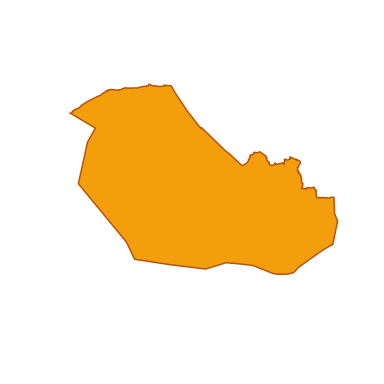 the district of Concepción del Oro, Zacatecas, Mexico, rotated 126°
{"feature_id": "50627088B49626768055823", "entity_name": "Concepción del Oro", "entity_type": "district", "adm_level": 2, "iso_a3": "MEX", "parent_name": "Mexico", "parent_adm1": "Zacatecas", "projection": "albers", "projection_center": [-101.393, 24.45], "detail": "fine", "context": "isolated", "style": "filled", "palette": "amber", "viewbox_px": 384, "rotation_deg": 126, "n_neighbors": 0, "source": "geoboundaries", "source_scale": "gbopen_adm2", "svg_char_len": 5755}
<svg xmlns="http://www.w3.org/2000/svg" viewBox="0 0 384 384"><g transform="rotate(126 192 192)"><path d="M112.9,74.0L113.8,75.3L114.0,75.4L114.6,76.5L115.2,76.9L115.7,76.9L116.3,77.4L116.9,78.3L117.0,78.6L117.3,79.5L118.0,80.2L118.9,81.5L118.9,82.0L119.6,83.1L120.6,84.2L121.3,84.6L121.7,85.2L121.7,85.4L122.4,86.5L123.0,87.5L122.6,88.1L122.4,88.5L122.3,88.9L122.1,89.1L121.7,89.2L121.5,89.4L121.2,89.7L121.2,89.8L120.9,89.9L120.5,90.5L120.2,90.8L119.6,91.2L119.0,91.7L118.6,91.8L118.5,92.0L118.4,92.0L118.2,92.1L117.9,92.5L117.7,92.5L117.6,93.0L117.6,93.4L117.5,93.6L117.5,94.1L117.3,94.7L117.5,94.8L117.1,95.6L116.7,96.0L116.6,95.7L116.4,95.9L118.3,97.6L118.6,97.7L118.6,97.8L118.9,98.2L119.1,98.7L119.3,99.1L119.5,99.8L119.7,100.0L120.1,100.5L120.5,100.9L120.9,101.2L121.6,101.9L121.9,101.9L122.1,101.8L122.9,101.6L122.9,102.0L123.1,102.8L123.7,103.5L124.8,105.2L124.5,105.3L124.4,105.5L124.0,105.8L123.5,105.5L123.2,105.6L122.8,105.9L122.2,105.9L121.9,106.0L121.5,106.4L121.3,106.4L121.0,106.9L120.8,106.9L120.5,107.2L120.2,107.2L120.0,107.3L120.0,108.2L119.9,108.4L120.0,108.6L119.8,108.8L119.6,109.1L119.5,109.5L119.3,109.6L118.8,110.1L118.5,110.1L117.9,110.3L117.6,110.5L117.4,110.9L117.0,111.0L116.7,111.5L116.3,111.7L115.6,112.6L115.2,113.0L115.2,113.4L115.0,113.6L114.8,113.6L114.4,114.0L114.3,114.3L114.5,114.4L114.6,114.5L114.2,115.1L113.8,115.4L113.7,115.6L113.7,115.9L114.2,116.7L114.2,117.0L113.1,117.1L112.8,117.3L112.7,117.9L113.0,118.3L113.2,118.8L113.0,119.0L112.2,119.2L111.8,119.6L111.6,119.7L111.3,119.9L111.0,120.2L110.9,120.6L110.6,121.0L110.3,120.8L110.1,120.7L108.9,120.7L108.8,120.9L108.4,121.0L105.0,121.4L104.0,122.1L103.8,122.4L103.8,123.4L103.9,123.7L103.8,124.2L103.9,124.9L104.1,125.3L104.3,125.4L104.2,125.6L104.2,126.4L104.4,126.4L104.6,126.4L104.4,126.7L104.4,126.9L104.6,127.0L104.5,127.3L104.7,127.6L104.9,127.8L104.9,128.0L105.0,128.1L105.2,128.5L105.3,128.9L105.3,130.3L105.5,131.1L105.9,131.5L105.9,131.9L105.9,132.3L105.8,132.6L105.9,133.1L106.0,133.3L106.3,133.4L106.6,133.0L107.1,132.6L107.4,132.5L107.8,132.1L108.1,132.5L109.1,132.8L109.9,133.5L110.2,133.9L110.4,134.2L110.3,135.0L110.5,135.2L110.4,135.5L111.2,136.3L111.4,136.4L112.3,135.7L112.5,135.3L112.9,135.1L113.1,135.1L113.5,134.8L113.8,134.8L114.2,134.9L114.2,134.7L114.7,134.5L115.0,134.5L115.3,134.2L115.2,135.0L115.0,135.5L115.3,136.0L115.8,136.1L116.5,136.5L116.5,136.8L117.0,137.4L117.4,137.7L117.8,138.1L118.0,138.3L118.4,138.2L118.8,138.7L119.3,139.0L119.5,139.3L119.8,139.6L119.8,139.9L119.7,140.1L120.0,140.4L120.0,140.6L120.1,141.0L120.2,141.3L120.1,141.5L119.8,141.9L120.1,142.0L120.5,141.5L120.9,141.5L121.0,141.4L121.3,141.3L121.6,141.2L121.7,141.4L121.7,141.5L121.9,141.6L122.2,142.0L122.9,142.6L123.3,142.7L124.0,143.6L124.0,144.1L124.3,144.9L124.3,145.1L124.1,145.3L124.0,145.7L123.7,145.7L123.5,146.1L123.4,146.2L123.3,146.4L123.0,146.6L122.8,146.8L122.6,147.0L122.9,147.4L122.9,147.6L122.5,148.2L122.5,148.4L122.6,148.9L122.5,149.1L122.3,149.3L122.3,149.9L122.3,150.1L122.2,150.2L122.2,150.5L121.9,150.8L121.6,150.9L121.4,151.0L120.8,151.1L120.6,151.3L120.5,151.6L119.9,152.3L120.0,152.5L120.1,152.8L119.8,153.2L119.6,153.3L119.4,153.7L119.4,154.2L119.5,154.9L119.6,158.9L119.5,160.1L119.7,160.9L120.0,161.1L120.7,161.3L120.9,161.6L121.2,161.8L121.8,162.5L122.3,162.9L122.8,163.7L122.9,164.1L122.8,164.3L122.9,164.5L123.2,164.8L123.7,165.2L123.9,165.1L124.1,165.1L124.6,165.0L124.6,164.6L124.8,164.5L125.0,164.5L125.5,164.6L125.7,164.9L126.1,165.0L126.4,165.1L126.7,165.5L127.3,165.7L127.3,165.9L127.4,166.1L127.7,166.4L127.8,166.4L128.1,166.4L128.9,166.3L129.2,166.2L129.4,165.6L129.7,165.5L129.7,165.3L130.1,165.2L130.3,165.2L130.4,165.3L130.9,165.2L131.2,165.2L131.3,165.4L131.6,165.4L132.9,165.1L133.9,164.7L134.6,164.6L135.0,164.7L135.7,164.6L136.3,164.7L138.0,165.2L138.3,165.5L138.7,165.6L139.0,166.1L139.6,166.2L141.2,167.0L141.1,168.8L139.3,182.4L139.2,183.6L139.0,188.7L138.7,191.7L134.3,222.3L135.4,222.4L129.1,243.9L121.9,263.4L118.3,271.2L121.8,277.0L122.1,276.4L123.2,277.6L124.1,278.3L126.0,280.6L126.7,281.7L126.9,282.6L127.1,283.0L128.0,284.6L129.2,286.3L129.5,287.0L129.7,287.8L129.9,290.0L131.0,290.0L132.0,289.8L132.3,289.9L132.5,290.3L132.7,290.9L132.8,291.1L133.4,291.2L133.7,291.5L134.1,292.0L134.7,292.9L135.1,293.3L136.2,294.3L136.9,294.8L137.5,295.5L138.0,295.9L138.3,296.3L138.6,296.5L139.3,296.7L139.8,297.1L140.4,298.1L140.9,298.7L141.2,299.2L141.8,299.8L142.1,300.3L142.3,300.7L142.9,301.0L143.2,301.3L144.2,303.2L145.0,304.1L145.5,304.5L146.4,306.4L147.0,307.3L147.5,307.7L147.9,307.8L148.3,308.0L148.8,308.7L149.7,309.1L149.9,309.1L150.0,309.1L150.5,309.5L150.8,309.6L151.5,310.3L152.1,310.7L152.3,311.3L153.5,312.2L154.3,313.5L154.9,315.1L155.2,315.8L155.9,316.5L156.2,316.8L156.4,317.1L156.4,317.4L156.5,317.7L157.3,318.3L157.8,318.5L158.2,319.3L158.7,319.6L158.8,319.9L159.6,320.0L159.7,319.9L159.9,320.2L160.3,320.2L160.4,320.5L160.7,320.2L161.1,320.6L162.3,321.1L164.0,321.8L164.4,322.1L165.5,322.3L166.3,322.6L166.6,322.6L167.5,322.9L168.3,323.3L168.9,323.8L169.8,324.1L170.2,324.6L171.3,325.3L172.0,325.5L173.7,326.4L174.8,326.9L175.6,327.2L179.2,329.3L180.5,329.9L183.0,330.8L185.8,332.0L186.5,332.2L187.2,332.1L187.6,332.5L188.2,332.7L188.5,332.6L190.0,332.7L190.1,332.9L190.7,333.1L192.7,334.4L193.0,334.4L193.8,334.8L194.0,335.2L195.1,335.4L195.5,335.4L196.1,335.4L196.5,335.7L196.6,336.1L197.1,336.2L197.6,335.8L197.9,335.8L198.4,335.9L198.6,336.0L199.3,336.2L199.8,336.7L197.1,307.7L212.9,305.9L252.1,288.8L271.1,215.5L280.2,198.8L277.1,193.0L264.1,167.8L246.3,135.7L229.2,122.9L221.9,110.7L215.7,99.7L210.5,79.2L209.5,76.8L207.1,72.7L202.2,66.3L197.4,62.4L189.8,61.4L161.9,52.0L151.4,47.3L129.7,57.3L125.9,63.7L112.9,74.0Z" fill="#f59e0b" stroke="#b45309" stroke-width="1.5"/></g></svg>